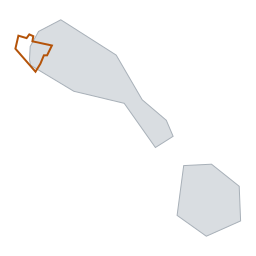 where Saint Anne Sandy Point sits in Saint Kitts and Nevis
{"feature_id": "KNA-5100", "entity_name": "Saint Anne Sandy Point", "entity_type": "Parish", "adm_level": 1, "iso_a3": "KNA", "parent_name": "Saint Kitts and Nevis", "parent_adm1": "", "projection": "albers", "projection_center": [-62.834, 17.356], "detail": "fine", "context": "in_parent", "style": "outline", "palette": "amber", "viewbox_px": 256, "rotation_deg": 0, "n_neighbors": 0, "source": "natural_earth", "source_scale": "10m", "svg_char_len": 536}
<svg xmlns="http://www.w3.org/2000/svg" viewBox="0 0 256 256"><path d="M173.1,136.3L155.4,147.5L124.2,103.3L73.9,91.3L30.5,65.2L29.5,59.6L30.2,46.5L38.6,31.4L60.8,19.8L116.2,55.1L142.2,99.8L166.3,120.3L173.1,136.3ZM240.6,220.9L206.3,236.2L177.1,215.4L183.7,165.6L211.5,164.2L239.2,186.3L240.6,220.9Z" fill="#d9dde1" stroke="#a8b0b8" stroke-width="1"/><path d="M35.5,71.7L15.4,48.7L18.4,35.7L26.6,38.1L29.3,34.4L33.3,36.2L32.4,41.3L51.9,45.5L47.1,55.3L43.9,55.3L40.4,63.7L35.5,71.7Z" fill="none" stroke="#b45309" stroke-width="2"/></svg>